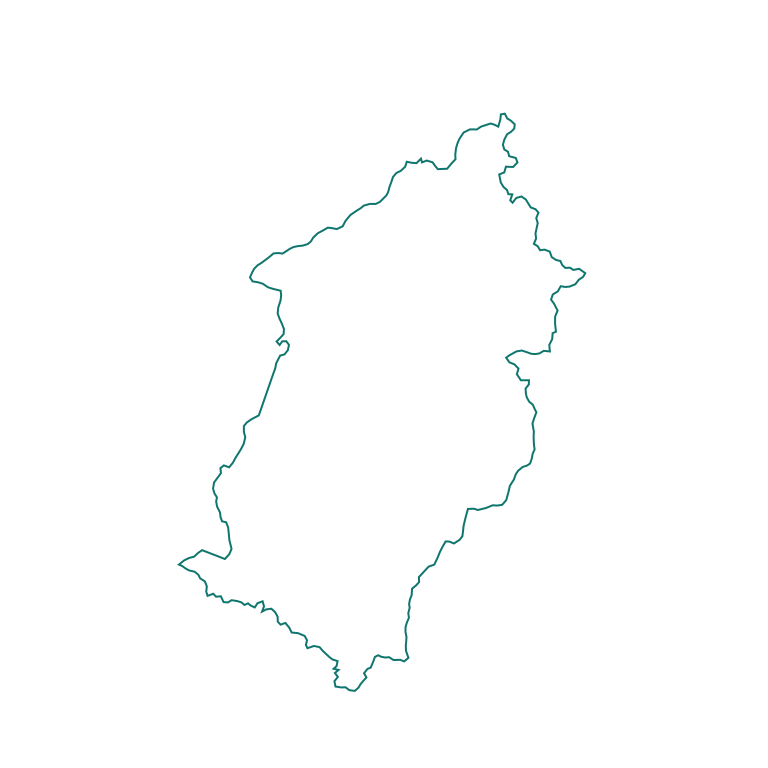 Casa Branca, São Paulo, Brazil (Robinson projection), rotated 24°
{"feature_id": "56859067B40720092622616", "entity_name": "Casa Branca", "entity_type": "district", "adm_level": 2, "iso_a3": "BRA", "parent_name": "Brazil", "parent_adm1": "São Paulo", "projection": "robinson", "projection_center": [-47.085, -21.789], "detail": "fine", "context": "isolated", "style": "outline", "palette": "teal", "viewbox_px": 768, "rotation_deg": 24, "n_neighbors": 0, "source": "geoboundaries", "source_scale": "gbopen_adm2", "svg_char_len": 4490}
<svg xmlns="http://www.w3.org/2000/svg" viewBox="0 0 768 768"><g transform="rotate(24 384 384)"><path d="M517.7,624.2L512.7,618.9L510.3,614.1L509.0,610.1L507.4,605.9L504.5,601.8L502.6,597.4L501.9,592.5L501.9,587.5L499.4,583.5L498.5,578.1L496.4,574.7L495.3,570.1L495.2,565.9L492.9,559.6L495.3,554.8L496.6,550.6L494.4,546.2L496.1,541.4L497.3,537.7L499.1,532.6L503.4,528.6L503.6,520.7L503.4,514.8L503.6,510.0L504.3,502.8L507.6,501.4L512.8,501.2L516.5,495.5L517.5,491.1L515.9,485.8L514.4,481.2L513.7,477.5L512.7,472.0L511.5,464.0L516.8,461.4L521.0,460.9L527.5,455.9L532.6,450.6L536.9,449.0L541.1,446.3L542.9,440.3L541.5,431.2L540.4,425.9L541.5,418.4L541.1,413.0L541.8,408.7L544.5,403.3L547.8,400.4L549.8,397.2L549.3,391.8L548.2,387.4L548.2,382.5L545.7,378.5L543.3,373.8L541.6,370.0L540.2,366.4L538.2,363.5L535.7,359.7L535.1,354.0L534.7,347.8L531.9,345.6L528.4,342.4L523.8,341.1L519.8,338.1L517.4,334.8L515.2,330.6L516.5,325.5L514.9,321.6L507.5,324.9L501.4,321.0L500.6,315.2L495.1,313.0L489.7,313.2L484.9,310.3L486.8,306.9L491.7,300.4L496.2,297.4L500.8,296.9L506.3,296.5L509.9,295.2L513.4,293.0L516.5,288.7L522.3,286.8L519.1,281.1L519.4,274.6L517.4,269.0L519.8,266.3L515.7,259.2L512.9,252.8L512.7,246.3L506.6,241.4L502.3,239.0L501.8,233.6L505.1,228.7L505.7,222.8L510.2,221.6L513.8,219.6L518.2,215.1L519.6,209.4L522.3,205.1L522.8,200.9L519.4,200.2L515.4,199.4L510.5,202.8L506.6,202.1L502.4,204.2L498.4,202.8L495.1,199.9L490.8,200.7L485.7,199.9L481.5,195.6L475.9,196.0L472.2,198.3L468.3,195.6L463.9,195.0L463.8,189.3L461.1,184.7L460.0,179.3L459.0,174.5L455.6,170.5L455.4,164.6L451.3,162.7L446.2,163.0L438.4,157.7L433.3,156.8L429.2,160.2L427.7,166.1L424.6,164.8L424.1,158.6L420.4,160.0L417.4,156.7L413.2,155.5L408.7,152.4L404.0,145.7L407.8,141.8L407.0,135.9L413.7,133.2L415.8,127.3L412.4,123.9L405.7,125.0L402.8,121.4L398.5,120.8L395.3,117.1L394.5,111.6L394.9,105.7L397.4,102.1L399.1,97.7L397.8,93.6L392.7,91.8L388.6,91.3L384.4,87.9L381.1,90.2L382.7,95.0L383.7,102.4L380.0,102.2L375.6,102.6L372.6,105.2L367.9,109.5L365.3,113.7L359.0,116.4L354.5,121.8L353.2,129.2L353.2,133.8L353.9,139.3L355.9,145.7L357.9,149.6L356.1,154.6L354.1,161.7L349.4,164.0L345.9,165.8L342.4,164.2L338.2,161.7L332.1,162.5L328.6,166.1L326.1,163.1L323.9,169.0L319.1,170.7L314.4,171.7L315.0,176.9L312.6,182.5L309.5,186.2L308.0,191.2L308.6,196.9L308.8,201.3L309.7,206.9L309.5,210.7L307.9,214.9L306.2,219.3L303.2,222.9L297.9,225.2L293.0,229.2L291.4,232.5L288.6,236.7L284.5,243.4L282.5,250.7L282.1,256.8L277.8,261.7L273.3,262.7L269.1,264.0L266.2,268.0L262.2,273.2L259.8,279.0L259.2,283.6L257.4,287.2L253.5,290.6L249.5,292.9L245.7,295.6L243.0,298.8L238.3,306.1L234.3,307.3L230.0,309.6L226.9,315.9L222.6,323.5L220.2,327.0L218.5,331.7L218.2,335.6L218.2,341.1L222.2,343.7L227.6,342.3L232.5,341.7L238.5,342.8L241.9,342.5L245.8,341.9L251.6,340.8L254.0,344.8L255.5,349.7L256.3,357.2L258.2,362.9L262.2,367.0L265.5,369.8L270.2,374.4L272.0,379.2L270.8,383.0L268.6,388.9L272.8,390.8L273.7,386.4L277.3,384.7L281.3,386.9L282.4,392.2L281.1,397.4L277.6,400.3L277.3,404.3L277.1,409.0L278.3,414.0L278.7,420.1L282.4,463.6L277.4,469.9L274.3,475.0L273.1,479.4L275.5,484.8L278.9,489.0L280.2,495.7L279.8,501.8L279.3,505.7L278.4,511.6L278.0,517.3L276.4,523.1L270.8,523.5L268.8,527.3L271.3,531.8L270.1,537.2L268.8,543.1L270.4,549.1L273.6,552.9L277.5,555.5L278.4,559.5L281.3,563.8L286.4,568.0L288.9,572.2L291.9,575.3L296.0,574.5L300.0,578.5L303.0,583.7L306.3,589.6L308.8,592.8L311.8,596.7L311.9,602.4L309.8,608.6L302.9,608.9L285.4,609.8L282.8,614.1L280.8,618.9L276.6,622.3L273.2,626.4L270.1,632.4L273.9,632.4L277.5,633.2L281.6,633.6L287.5,632.5L292.2,633.9L295.0,636.3L300.7,637.2L304.5,641.0L306.0,645.9L309.0,649.3L313.3,645.1L317.1,646.6L321.3,644.3L326.2,648.5L330.3,647.0L332.7,643.5L338.2,642.0L342.7,641.5L346.4,642.6L349.0,639.7L352.3,640.6L356.8,640.7L357.6,635.7L361.5,631.9L364.8,635.9L365.2,641.5L368.1,637.8L372.5,635.1L377.3,636.7L381.5,639.9L383.6,644.3L387.4,645.9L391.1,642.4L396.5,645.1L400.7,648.6L406.7,646.6L414.0,646.4L417.9,649.4L418.8,654.1L421.5,656.5L426.6,651.8L432.2,650.6L436.6,652.7L440.6,654.1L445.6,655.8L448.9,656.6L454.3,656.0L455.4,661.0L453.8,664.6L458.8,663.7L456.7,668.0L461.0,670.3L459.6,675.7L462.7,680.1L468.4,678.6L472.2,676.7L476.9,677.8L482.2,676.2L484.2,671.7L484.7,667.5L485.8,663.8L487.3,659.2L483.4,656.4L484.8,651.0L487.2,648.5L487.1,642.3L486.7,637.1L488.9,634.2L492.4,634.3L496.3,633.4L499.8,631.5L505.0,632.3L511.0,629.4L515.3,629.2L517.7,624.2Z" fill="none" stroke="#0f766e" stroke-width="2"/></g></svg>